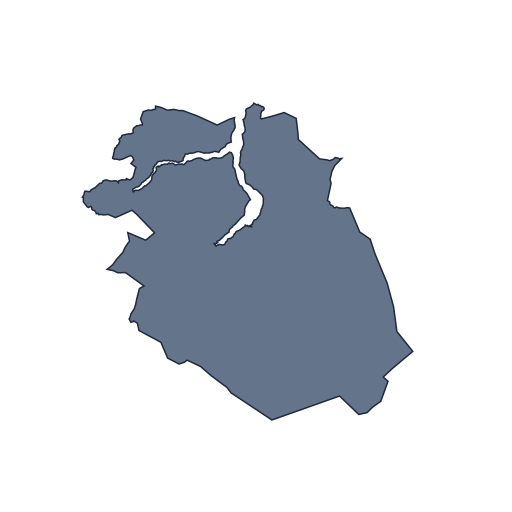 the district of Aurland nor, Sogn og Fjordane, Norway, rotated 25°
{"feature_id": "86288312B95170740502461", "entity_name": "Aurland nor", "entity_type": "district", "adm_level": 2, "iso_a3": "NOR", "parent_name": "Norway", "parent_adm1": "Sogn og Fjordane", "projection": "albers", "projection_center": [7.036, 60.871], "detail": "fine", "context": "isolated", "style": "filled", "palette": "slate", "viewbox_px": 512, "rotation_deg": 25, "n_neighbors": 0, "source": "geoboundaries", "source_scale": "gbopen_adm2", "svg_char_len": 6070}
<svg xmlns="http://www.w3.org/2000/svg" viewBox="0 0 512 512"><g transform="rotate(25 256 256)"><path d="M339.7,397.9L390.9,347.6L416.1,356.2L422.9,351.0L425.7,343.4L430.5,334.9L428.6,313.8L422.5,311.9L427.1,300.4L438.4,276.2L415.6,264.9L402.3,244.1L386.3,225.1L363.1,203.9L352.4,192.5L339.9,190.4L320.6,172.9L318.2,173.6L316.0,175.3L311.6,177.2L308.0,177.7L307.5,178.7L306.1,179.3L304.4,178.2L301.6,178.0L300.7,177.2L300.2,176.2L299.3,175.7L297.3,175.6L293.4,158.5L290.7,155.2L289.1,147.4L289.1,142.3L289.3,140.4L292.5,131.3L291.6,131.8L290.9,132.8L288.9,132.6L286.3,133.2L284.8,136.2L282.2,138.6L280.3,138.7L272.6,141.1L245.1,132.5L242.6,127.8L234.3,114.3L220.9,114.1L210.0,123.8L202.9,129.5L201.8,129.2L201.0,126.6L200.1,124.8L200.0,122.2L201.1,120.9L201.3,119.7L201.0,118.8L200.3,118.0L198.6,117.8L197.9,118.4L196.4,117.8L195.3,118.2L193.8,117.7L192.7,118.7L189.4,118.4L189.3,120.2L188.1,123.3L185.5,126.2L185.0,127.1L185.2,128.8L186.6,130.4L187.5,134.3L187.7,136.1L186.6,137.9L187.8,138.9L187.9,139.6L188.9,140.4L190.1,142.6L191.1,143.4L192.3,145.1L193.3,147.7L192.9,149.9L192.1,151.3L194.4,155.1L195.9,156.8L197.6,159.7L198.0,161.5L197.8,162.7L198.3,165.2L198.0,166.4L198.1,168.5L199.8,171.5L200.0,173.1L201.7,177.2L202.2,180.7L205.8,183.2L207.5,183.5L209.5,184.5L211.2,186.6L212.5,189.3L215.8,194.0L217.0,194.4L220.4,194.2L223.6,195.2L225.5,196.3L228.7,195.6L236.4,198.5L238.3,200.6L240.7,206.1L240.8,208.4L241.2,209.7L241.0,210.8L241.2,212.5L241.8,214.4L241.8,216.1L242.2,217.2L241.6,219.0L240.9,222.8L239.2,224.0L238.9,226.8L239.2,227.8L239.0,228.5L239.2,228.2L239.4,228.6L239.1,228.7L239.3,229.0L237.6,231.0L240.3,231.4L238.6,231.8L237.1,231.6L236.5,232.2L237.2,232.0L236.8,232.5L235.1,232.0L234.6,232.6L233.2,232.5L233.3,233.4L232.9,234.9L232.4,235.3L230.4,239.3L227.8,242.0L227.6,242.8L227.6,244.3L227.0,245.1L227.1,247.7L226.7,248.8L226.4,249.0L225.4,251.2L224.5,251.4L223.2,252.5L223.4,254.7L222.6,256.5L222.8,258.1L222.6,258.9L221.2,260.1L217.7,261.0L217.3,261.4L217.3,261.6L218.0,261.2L216.5,262.2L215.9,263.8L215.1,263.8L214.1,262.8L213.4,263.0L212.9,262.2L213.9,262.1L214.9,261.2L215.2,260.5L214.9,260.7L214.8,260.3L214.4,260.0L214.5,259.4L215.0,258.4L216.4,257.2L216.3,256.8L217.8,253.4L218.9,250.0L221.4,245.8L220.8,243.6L221.1,242.1L222.4,239.5L222.3,238.9L222.6,238.2L223.8,235.9L226.3,227.6L228.1,224.0L226.9,220.2L225.8,218.3L225.9,217.7L225.5,216.2L226.3,209.0L227.2,207.3L221.1,203.0L216.3,201.3L214.8,199.6L213.1,198.8L212.0,199.0L210.7,198.6L209.2,197.3L208.4,196.1L205.7,193.7L199.9,186.1L197.5,184.9L196.8,183.9L195.8,180.9L194.9,179.4L194.2,176.8L192.0,174.2L190.0,172.8L188.1,173.0L186.8,175.7L184.8,178.8L184.0,180.8L182.2,182.4L179.8,183.7L178.2,183.9L175.3,185.3L173.7,187.8L172.9,188.0L172.8,188.9L171.8,189.7L169.6,190.8L164.1,190.7L161.1,192.4L158.7,194.9L157.5,196.7L155.2,198.5L154.3,198.5L153.4,199.5L153.1,201.3L152.6,202.1L152.4,203.4L151.9,203.8L150.0,203.8L148.9,204.8L147.2,205.1L144.5,207.7L141.2,207.1L138.8,208.8L137.9,208.5L137.3,209.1L136.9,210.3L134.2,211.4L132.3,213.3L131.8,213.2L130.7,216.0L130.1,216.2L130.2,215.8L129.9,215.6L129.2,215.9L129.3,216.5L128.6,216.9L128.1,218.1L129.1,219.3L129.7,221.1L129.3,221.8L129.3,223.2L128.6,224.1L127.9,226.4L128.1,228.1L128.6,229.1L129.2,231.5L128.5,234.4L126.5,238.7L126.5,239.0L125.4,239.5L124.0,243.2L122.5,245.1L122.6,245.4L121.4,246.4L118.9,247.4L118.2,248.2L118.0,248.9L118.1,249.4L117.7,249.7L116.3,248.4L116.2,247.4L117.8,244.9L118.6,243.8L119.6,243.5L120.5,242.1L121.4,239.6L121.4,238.4L121.6,237.5L122.4,236.9L122.8,235.7L123.9,234.1L124.1,232.6L125.7,230.0L125.9,228.5L126.2,227.8L126.3,225.9L126.0,225.0L126.9,224.0L126.8,221.9L125.6,220.6L126.0,219.7L125.5,218.7L126.2,217.7L126.2,217.3L125.9,216.9L126.0,216.2L126.7,215.5L126.7,213.9L127.2,213.1L127.0,212.7L128.2,211.1L130.5,210.2L131.8,208.5L135.1,207.2L136.2,206.3L137.6,206.3L140.1,205.0L142.4,204.9L142.9,204.1L144.7,204.4L146.7,203.5L149.5,200.5L149.5,200.0L148.9,198.8L148.8,197.6L149.1,195.6L148.8,194.0L149.2,193.1L151.0,192.6L152.0,191.1L155.0,189.6L157.0,188.0L157.8,186.9L160.0,185.5L165.7,184.7L167.4,183.5L170.4,182.3L171.4,181.1L172.5,180.6L174.2,178.6L178.5,177.7L178.9,174.2L181.9,169.7L181.8,168.5L182.1,166.8L182.9,165.7L185.5,163.1L184.9,162.5L183.0,158.9L182.2,155.2L182.3,153.7L182.8,151.7L182.6,150.2L182.9,148.6L181.6,146.0L180.9,145.6L180.4,144.3L178.9,142.5L178.1,139.6L173.9,143.5L165.5,153.7L144.0,153.9L128.3,155.1L124.6,156.8L119.9,157.7L114.0,161.3L107.1,161.5L101.6,162.6L102.9,165.5L100.6,166.9L99.6,168.3L96.8,169.1L92.7,172.9L93.5,180.7L96.9,183.8L97.5,184.7L97.6,185.4L95.7,186.2L94.8,187.2L92.8,188.4L91.0,192.0L91.3,194.0L92.7,196.0L92.4,196.6L90.4,198.7L89.4,198.8L83.9,202.9L83.5,204.0L83.7,205.6L83.0,206.6L82.5,208.2L83.8,209.2L84.2,210.1L84.0,210.4L84.3,212.6L83.9,213.4L83.9,213.8L83.2,214.7L83.5,215.1L83.3,216.2L83.5,216.5L82.5,218.1L82.9,219.2L82.8,219.9L83.4,220.9L83.5,222.6L84.2,224.8L84.5,227.5L84.9,228.1L86.5,228.1L88.7,227.1L91.6,226.6L94.5,224.2L99.7,218.0L102.0,218.2L104.7,220.6L103.6,225.0L109.7,226.4L109.9,228.9L111.1,235.0L111.2,236.9L110.2,239.4L109.1,240.6L105.8,240.6L106.1,242.0L102.1,243.7L100.5,245.2L99.9,245.8L100.2,247.8L98.8,247.0L97.4,246.9L92.6,249.6L88.1,250.3L85.7,252.3L85.3,255.2L83.6,256.3L81.2,262.4L80.5,262.9L78.6,265.8L78.2,268.0L73.7,269.4L73.6,271.0L74.2,272.9L73.8,276.1L74.8,276.0L76.4,279.4L77.0,280.0L82.1,282.7L83.6,282.9L85.2,280.9L86.5,281.4L87.4,282.9L88.7,283.4L90.4,283.0L92.4,284.0L93.3,285.2L94.2,284.9L94.8,284.1L96.2,285.0L97.3,284.1L100.7,283.1L104.5,280.8L112.4,280.6L124.3,266.9L130.4,268.7L154.3,277.9L149.3,288.3L129.9,289.0L135.1,296.1L135.1,296.9L134.6,297.9L134.0,301.6L133.7,304.6L133.9,308.7L131.0,318.0L129.9,324.4L126.7,331.0L132.8,329.6L137.9,329.6L144.7,326.2L167.2,330.5L164.1,334.7L166.1,345.5L167.4,350.9L168.0,355.5L167.1,361.3L167.8,365.1L167.6,366.7L170.7,368.9L173.0,366.8L172.9,366.5L176.9,367.1L181.5,373.0L206.3,374.4L219.1,385.9L231.9,386.4L236.1,382.5L237.6,379.5L252.5,379.6L265.5,383.3L285.5,387.5L291.3,390.6L339.7,397.9Z" fill="#64748b" stroke="#1e293b" stroke-width="1.5"/></g></svg>